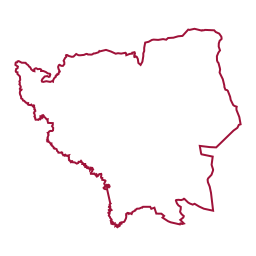 Phrom Phiram, Phitsanulok, Thailand (Mercator projection)
{"feature_id": "78962969B88241581512503", "entity_name": "Phrom Phiram", "entity_type": "district", "adm_level": 2, "iso_a3": "THA", "parent_name": "Thailand", "parent_adm1": "Phitsanulok", "projection": "mercator", "projection_center": [100.076, 17.065], "detail": "fine", "context": "isolated", "style": "outline", "palette": "rose", "viewbox_px": 256, "rotation_deg": 0, "n_neighbors": 0, "source": "geoboundaries", "source_scale": "gbopen_adm2", "svg_char_len": 5684}
<svg xmlns="http://www.w3.org/2000/svg" viewBox="0 0 256 256"><path d="M117.4,227.2L118.1,226.6L118.1,226.1L118.7,226.4L119.2,226.1L119.1,225.6L119.6,225.5L119.4,224.9L119.8,224.7L119.2,224.3L120.1,222.8L121.0,222.5L121.1,223.0L121.6,223.3L121.9,222.4L124.0,221.9L124.7,221.0L125.9,218.5L126.3,216.8L126.1,215.4L126.5,214.8L126.1,214.1L127.5,212.9L128.3,213.0L128.9,213.9L130.0,213.2L131.6,214.0L132.4,212.0L135.3,210.5L135.4,209.7L136.3,209.4L137.0,208.7L139.2,208.6L142.1,207.3L142.3,207.5L143.0,206.8L150.2,206.8L151.3,208.8L154.4,207.7L156.3,213.6L161.4,213.7L164.1,215.9L162.5,217.6L168.2,221.3L170.7,222.3L179.9,224.4L180.4,223.4L182.1,224.0L183.9,223.5L180.3,219.9L183.3,217.5L183.8,216.1L181.6,214.2L180.3,212.3L180.1,211.6L180.7,209.2L180.8,206.9L178.4,205.4L176.9,203.3L175.9,200.5L176.2,200.0L178.6,199.8L181.1,200.1L183.3,199.4L183.7,198.8L184.3,198.8L188.1,202.5L189.8,203.5L192.7,204.6L194.6,203.8L199.1,206.5L203.8,208.7L213.1,210.7L211.0,192.8L209.7,186.6L207.9,182.2L207.6,179.7L208.1,178.4L211.5,174.8L213.0,170.6L213.1,169.6L211.6,164.8L212.7,156.6L201.5,154.3L201.1,153.5L199.8,145.9L209.8,147.1L216.2,147.4L233.6,130.5L237.4,127.8L238.8,124.9L240.6,124.3L239.3,117.0L236.5,110.0L236.4,108.3L236.7,106.7L234.4,105.9L233.2,105.0L230.7,99.9L230.1,96.7L227.8,90.8L227.0,90.1L225.4,89.7L224.4,87.1L224.3,85.4L222.8,79.2L219.6,72.6L220.1,69.5L219.8,67.9L218.5,63.0L217.5,61.8L217.0,60.3L216.9,56.2L218.4,52.6L220.0,50.4L218.7,46.6L218.8,43.4L219.7,40.7L221.5,39.1L221.6,38.2L221.3,36.6L219.2,33.6L215.7,32.0L214.2,30.3L205.0,29.9L203.8,30.3L202.1,30.2L201.8,30.6L194.5,28.8L189.6,29.9L188.2,29.6L182.5,35.9L178.1,36.3L173.4,37.7L168.1,38.0L166.2,39.7L163.1,39.1L158.2,39.9L153.7,39.6L152.0,39.9L148.6,41.8L145.2,42.6L144.2,47.8L144.2,51.0L143.3,53.4L143.3,56.1L142.4,61.7L140.6,64.9L138.4,63.0L137.8,58.9L136.7,56.8L135.7,56.3L134.8,57.1L134.4,57.0L134.2,55.9L135.0,53.3L134.5,52.2L132.3,52.7L132.4,53.6L129.7,53.9L126.3,55.2L126.0,53.3L125.5,53.2L125.3,52.8L121.2,53.6L118.0,53.2L115.7,53.7L110.9,51.5L106.0,49.9L99.7,51.4L99.3,51.1L98.5,52.3L95.0,53.4L93.5,53.5L92.5,54.3L91.4,54.6L87.9,54.5L87.5,54.1L86.3,53.9L83.9,54.9L80.0,55.3L78.4,55.2L76.2,54.0L73.5,56.6L71.8,56.8L68.8,56.0L67.4,55.1L66.3,55.0L66.0,55.3L66.4,56.2L66.3,56.8L65.1,57.9L63.6,60.8L64.3,62.1L64.3,64.2L62.9,65.9L61.2,65.8L59.6,64.8L58.8,65.2L58.1,67.0L58.6,69.1L59.7,71.3L59.2,71.6L59.4,72.2L58.4,73.4L58.4,74.1L57.3,74.2L57.3,74.9L56.2,75.3L56.1,75.9L55.6,76.2L55.7,76.9L54.2,78.2L53.2,80.2L53.0,81.6L52.1,81.1L50.2,81.9L46.3,81.2L43.3,81.9L42.0,81.6L41.7,80.6L42.3,79.2L44.7,76.5L47.3,76.1L48.7,76.9L49.6,76.7L50.3,74.6L49.9,73.8L47.8,73.4L45.8,72.0L43.3,71.0L41.1,71.0L41.2,69.6L39.8,68.9L37.8,69.2L36.3,68.3L35.4,68.4L34.2,69.3L34.4,71.2L33.1,70.9L31.2,69.3L30.2,67.3L29.1,66.6L28.2,65.2L26.4,63.9L25.6,62.8L21.7,62.7L18.7,61.1L17.5,61.4L17.2,62.3L16.0,62.4L15.6,62.9L15.4,64.9L17.9,66.6L17.5,68.3L16.2,68.9L15.7,71.1L16.1,72.0L17.5,72.3L17.4,73.9L19.9,76.4L20.2,79.9L19.4,81.4L19.9,83.0L19.4,84.3L20.0,85.0L20.8,87.0L19.8,88.9L20.1,89.3L21.5,89.6L21.3,90.1L20.1,90.9L19.8,92.9L20.1,94.5L21.1,96.6L21.2,98.4L22.4,99.0L23.1,100.6L24.2,100.8L25.8,102.6L26.6,102.7L27.1,103.4L28.1,103.2L28.0,104.4L28.3,104.8L30.6,105.1L31.3,104.6L32.6,106.0L33.7,105.3L34.1,105.5L34.1,106.4L33.5,106.9L34.6,108.1L34.3,109.2L35.1,109.9L35.3,111.0L34.5,111.5L34.4,112.4L33.9,113.0L34.6,114.2L34.9,116.0L34.4,116.6L35.2,117.7L35.1,118.4L35.6,119.7L37.3,119.6L38.2,119.9L39.2,118.9L40.1,119.4L40.8,118.7L40.4,117.9L40.4,116.2L41.1,116.2L42.3,117.4L42.4,116.5L42.8,115.9L42.5,115.3L43.1,115.1L43.8,115.8L43.9,116.9L44.9,117.3L46.7,119.4L47.7,119.2L47.6,121.2L48.1,122.9L52.8,123.1L52.8,125.0L52.0,126.1L53.2,127.9L53.0,130.4L52.1,131.0L50.3,130.9L49.2,131.5L48.5,132.6L47.8,132.8L48.5,134.1L48.2,134.6L48.5,135.2L47.8,136.7L47.8,138.0L47.4,138.2L47.8,139.4L47.4,139.7L47.9,140.1L47.3,140.4L47.8,141.1L47.5,141.5L49.4,142.2L50.3,143.3L51.3,143.4L51.0,144.5L51.7,144.6L51.9,145.7L53.2,146.6L53.3,147.1L53.9,147.6L53.8,148.2L54.4,148.7L55.3,148.6L56.6,149.2L57.1,150.9L58.1,151.8L58.4,152.7L60.8,152.7L61.5,152.3L62.2,152.6L62.3,153.7L63.3,155.3L64.2,155.0L64.9,155.8L65.4,155.6L65.0,154.9L65.3,154.7L66.7,155.8L68.9,155.3L68.3,156.5L69.0,157.1L68.8,158.9L69.3,159.6L69.1,160.2L70.2,161.1L70.9,162.2L71.2,162.0L71.0,161.1L72.2,161.1L72.4,162.2L74.7,162.4L76.8,163.6L78.2,163.0L78.6,161.8L80.0,161.9L81.0,160.8L81.6,161.5L81.6,162.4L82.7,163.0L82.4,164.0L85.1,164.0L85.0,164.7L84.0,164.9L84.0,165.3L85.5,166.5L85.9,165.6L86.3,165.7L86.6,166.3L85.9,167.1L86.9,167.2L87.1,168.1L87.8,168.2L88.1,167.3L88.6,167.3L89.1,168.7L90.1,169.0L90.1,169.9L90.7,169.2L90.9,167.7L92.3,167.9L93.1,169.5L92.3,170.1L92.2,171.2L90.8,173.0L90.9,173.8L93.1,173.9L93.7,173.6L94.2,174.0L94.6,173.7L95.5,174.9L96.5,174.2L96.8,174.7L96.4,175.3L96.5,176.3L96.8,176.6L98.1,175.8L99.3,174.1L101.2,173.9L101.4,174.8L101.0,177.0L101.3,177.9L102.3,178.0L102.2,179.8L105.1,180.4L105.5,180.9L104.2,183.6L104.8,184.9L106.0,185.5L106.9,184.8L107.7,185.3L108.5,184.8L109.2,185.2L109.6,186.6L108.9,187.4L108.1,187.0L107.3,187.3L106.5,186.8L104.6,186.9L103.6,187.8L103.8,188.4L105.0,189.1L107.1,189.2L110.2,203.1L110.6,203.5L109.6,204.5L110.2,206.4L109.0,206.6L108.9,207.0L110.2,207.9L110.5,208.9L111.5,210.0L110.9,210.3L109.4,209.5L108.8,210.0L109.9,211.8L109.7,212.2L108.4,212.7L108.5,213.2L109.5,213.7L108.8,215.6L109.9,216.9L110.3,218.1L111.6,219.6L111.5,220.0L110.7,220.7L111.1,221.6L111.1,222.6L111.7,222.6L112.2,221.6L112.9,222.3L112.8,223.0L111.9,223.3L111.7,223.8L113.0,224.2L113.4,223.5L114.8,223.3L114.7,224.2L115.5,224.7L115.4,225.6L116.4,224.7L116.8,224.8L116.9,225.4L116.2,226.2L117.4,227.2Z" fill="none" stroke="#9f1239" stroke-width="2"/></svg>